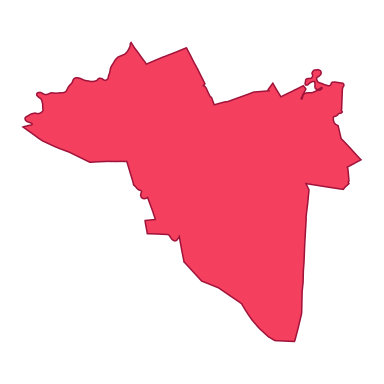 the district of Giera, Timis, Romania
{"feature_id": "2599482B15440248148719", "entity_name": "Giera", "entity_type": "district", "adm_level": 2, "iso_a3": "ROU", "parent_name": "Romania", "parent_adm1": "Timis", "projection": "natural_earth1", "projection_center": [20.968, 45.404], "detail": "fine", "context": "isolated", "style": "filled", "palette": "rose", "viewbox_px": 384, "rotation_deg": 0, "n_neighbors": 0, "source": "geoboundaries", "source_scale": "gbopen_adm2", "svg_char_len": 5696}
<svg xmlns="http://www.w3.org/2000/svg" viewBox="0 0 384 384"><path d="M342.6,88.6L342.5,88.4L342.6,87.7L343.6,86.3L343.8,85.6L343.9,85.2L343.8,84.4L343.6,84.0L343.2,83.5L342.7,83.2L338.6,82.6L334.8,82.0L333.4,82.1L332.5,82.2L332.3,82.2L331.9,82.5L331.2,83.2L331.1,84.2L330.9,84.6L330.8,84.9L330.5,85.2L329.8,85.5L328.6,85.8L328.0,85.7L327.2,85.4L325.2,84.9L324.6,84.7L323.7,84.3L322.3,83.7L318.8,82.5L317.9,81.9L317.5,81.3L317.1,80.5L316.7,79.4L316.6,78.7L316.7,78.0L316.9,77.7L317.4,77.2L318.9,76.3L319.6,75.7L320.6,74.6L320.8,74.3L321.0,74.0L321.1,73.5L321.1,72.9L321.1,72.3L321.0,71.9L320.7,71.1L320.4,70.7L318.8,69.9L317.5,69.6L317.2,69.8L314.2,70.1L313.6,70.4L313.4,70.7L312.4,72.1L312.0,73.2L312.0,73.7L312.4,74.4L312.6,74.8L312.6,75.7L312.5,76.4L312.1,77.3L311.8,77.7L311.5,78.0L310.8,78.3L310.0,78.4L307.2,78.6L306.2,79.2L305.9,79.5L305.7,79.9L305.5,81.2L305.5,81.5L305.1,83.0L305.1,83.8L305.2,84.2L305.4,84.6L305.6,85.0L305.8,85.0L306.0,85.1L306.8,85.0L307.4,85.0L307.8,84.8L308.0,84.7L309.0,83.6L310.4,82.6L311.3,82.1L312.1,81.7L312.7,81.6L313.7,81.5L314.4,81.5L314.7,81.6L314.8,82.2L314.9,83.5L315.0,84.5L314.9,86.5L315.0,87.6L315.3,88.3L315.7,88.8L316.8,89.4L317.5,89.5L317.9,89.5L318.6,89.2L319.5,88.8L320.0,88.5L321.1,87.6L321.4,87.4L321.6,87.4L321.8,87.5L322.0,87.7L322.0,88.2L321.8,88.7L321.5,89.1L321.1,89.4L320.4,89.9L319.0,90.3L317.9,90.4L316.8,90.6L312.7,92.5L311.4,92.7L307.4,92.8L306.4,92.9L304.4,93.7L303.7,94.2L303.3,94.7L302.8,96.2L302.4,97.7L302.1,98.6L301.8,99.1L301.7,99.1L301.4,99.0L301.1,98.7L301.4,98.0L302.9,94.7L303.5,93.5L304.6,91.5L305.8,89.3L305.8,89.1L305.8,88.7L303.3,85.7L296.0,89.4L295.3,89.6L292.6,91.1L286.7,93.9L280.9,96.8L276.6,89.8L272.8,83.2L268.1,89.6L268.9,90.8L253.6,92.1L247.1,94.6L237.3,98.1L226.9,101.9L225.9,101.7L225.7,101.7L223.2,102.3L214.2,104.8L211.5,97.4L210.7,97.0L210.2,96.6L208.2,92.6L206.1,87.9L204.6,86.1L203.8,85.8L203.4,85.6L204.9,83.8L202.7,79.2L199.6,73.1L197.5,68.8L196.9,67.8L196.7,67.5L195.7,65.5L194.2,62.9L193.4,61.3L190.3,55.1L190.2,54.9L187.6,50.1L186.6,48.0L186.5,47.9L186.3,47.9L186.1,47.9L176.7,51.8L163.9,56.8L163.6,56.8L157.4,59.4L150.1,62.5L146.4,64.1L144.6,61.5L142.3,58.5L137.9,52.3L134.4,47.7L131.1,42.5L130.7,43.0L130.3,43.6L130.2,44.1L130.3,44.9L130.2,45.8L129.7,47.1L128.9,48.9L127.6,51.1L127.0,51.9L125.6,53.4L124.7,54.2L118.1,57.0L116.4,58.6L115.1,60.2L113.2,63.4L112.2,64.9L112.0,65.1L110.9,67.2L110.7,67.8L110.3,69.2L110.1,70.4L109.9,71.6L109.7,72.6L108.6,75.5L108.4,76.4L108.1,78.0L107.9,78.6L107.5,79.1L107.1,79.5L106.3,80.0L105.6,80.3L105.2,80.3L104.5,80.2L104.2,80.1L103.4,79.6L102.2,78.8L101.6,78.6L100.6,78.3L100.0,78.2L98.9,78.4L98.5,78.7L97.9,79.1L97.7,79.5L97.4,79.9L96.6,80.5L95.4,81.0L94.6,81.2L92.5,81.5L90.4,81.4L89.7,81.3L88.9,81.0L87.6,80.9L85.4,80.5L83.7,80.0L80.5,78.5L78.9,78.0L76.9,77.7L76.0,77.8L75.1,78.0L74.4,78.4L74.1,78.6L73.6,79.2L73.1,79.9L72.9,80.6L72.5,81.7L72.1,82.5L71.6,83.3L69.8,85.1L69.1,85.9L67.7,88.1L66.9,90.0L66.6,90.6L65.8,91.5L65.2,91.9L64.4,92.4L63.4,92.6L62.5,92.8L60.2,92.8L56.4,93.2L51.1,92.8L49.6,93.4L48.7,93.9L47.7,94.2L46.1,94.6L45.7,94.6L45.0,94.5L43.9,94.2L41.4,92.8L40.8,92.5L39.4,92.4L38.3,92.6L37.8,92.7L37.1,93.2L36.7,94.0L36.6,94.4L36.7,94.7L36.7,95.1L37.1,95.7L38.2,96.9L38.8,97.4L40.3,98.4L40.8,98.8L41.3,99.5L41.7,100.3L42.6,103.7L42.7,105.7L42.8,108.4L43.0,109.7L43.0,110.2L42.8,110.8L42.6,111.2L42.3,111.5L41.2,112.5L39.9,113.2L39.0,113.5L37.7,113.7L37.0,113.5L35.5,113.2L34.8,113.1L34.1,113.2L31.4,113.9L30.5,114.3L29.7,114.7L29.1,115.1L28.8,115.4L26.6,116.5L26.0,116.9L25.4,117.4L25.1,118.0L25.0,118.8L25.2,119.4L25.4,120.1L25.9,120.7L27.1,121.6L30.5,122.8L31.4,123.2L32.0,123.7L32.1,123.9L32.1,124.2L32.0,124.5L31.8,124.8L29.1,125.4L27.8,125.6L27.5,125.7L27.1,126.0L25.2,126.3L24.4,126.5L23.0,127.0L28.0,130.6L30.9,132.6L38.8,138.4L42.5,140.9L45.5,142.3L53.5,146.0L59.1,148.4L69.3,152.2L89.9,162.3L97.7,161.8L107.5,161.4L115.7,161.5L121.6,161.4L126.8,161.5L130.7,174.5L132.7,181.0L133.7,185.1L134.7,185.8L135.3,186.4L136.7,188.1L137.9,189.3L138.5,189.8L139.5,190.1L140.5,190.3L140.8,190.5L141.3,191.1L141.5,191.4L141.4,192.0L140.8,194.0L140.6,195.5L140.9,196.3L141.2,197.0L141.6,197.6L142.2,198.1L143.0,198.5L143.8,198.7L144.7,198.7L146.5,198.1L147.1,197.8L147.6,197.5L151.8,208.9L153.1,212.4L153.3,213.4L155.4,219.3L155.3,219.5L145.1,220.5L145.2,221.8L145.5,223.8L147.1,232.3L147.3,233.7L157.2,234.0L163.0,234.3L167.6,234.5L168.8,235.0L169.2,235.3L170.4,237.2L171.3,238.5L171.8,239.2L172.6,239.9L173.5,240.4L174.4,240.8L175.0,240.9L175.8,240.7L176.6,240.4L177.2,239.7L178.3,238.3L179.3,236.5L179.4,237.1L180.0,240.7L181.0,246.2L182.1,252.1L183.7,260.2L184.0,262.0L184.8,262.7L201.7,281.1L218.4,287.8L241.5,303.6L244.6,308.8L248.2,314.5L252.2,320.2L258.3,327.3L260.0,329.1L268.1,336.5L268.6,336.9L274.2,340.2L275.0,340.6L294.3,341.5L294.7,340.9L295.0,340.1L298.0,328.7L301.3,314.9L301.6,313.5L301.7,311.7L302.1,294.0L302.2,290.9L303.1,282.2L303.4,269.7L303.5,269.5L304.0,262.3L304.8,242.9L306.2,218.5L306.0,218.2L306.5,213.0L307.1,208.4L307.8,202.4L309.0,189.9L306.2,184.1L306.0,183.6L331.1,187.6L343.3,189.4L345.0,187.2L349.0,183.6L348.1,182.1L348.7,181.3L349.0,181.1L348.2,171.8L347.8,168.3L347.2,167.2L361.0,159.8L359.6,158.4L356.2,154.7L351.0,149.0L351.0,148.9L342.2,139.6L341.2,138.9L338.2,126.1L338.2,125.8L336.0,124.6L335.3,124.0L334.8,123.5L334.1,122.5L333.8,121.6L333.6,120.9L333.3,119.2L333.3,118.8L333.4,117.6L333.7,116.7L334.3,116.5L334.7,116.3L335.4,116.3L336.1,116.0L337.4,115.2L337.8,114.7L338.0,114.2L338.3,114.0L338.8,113.7L339.5,113.4L340.6,113.2L341.2,113.0L341.7,112.7L342.1,112.3L342.3,111.9L341.8,111.0L341.2,110.2L341.6,109.6L342.3,91.5L342.4,89.1L342.6,88.6Z" fill="#f43f5e" stroke="#9f1239" stroke-width="1.5"/></svg>